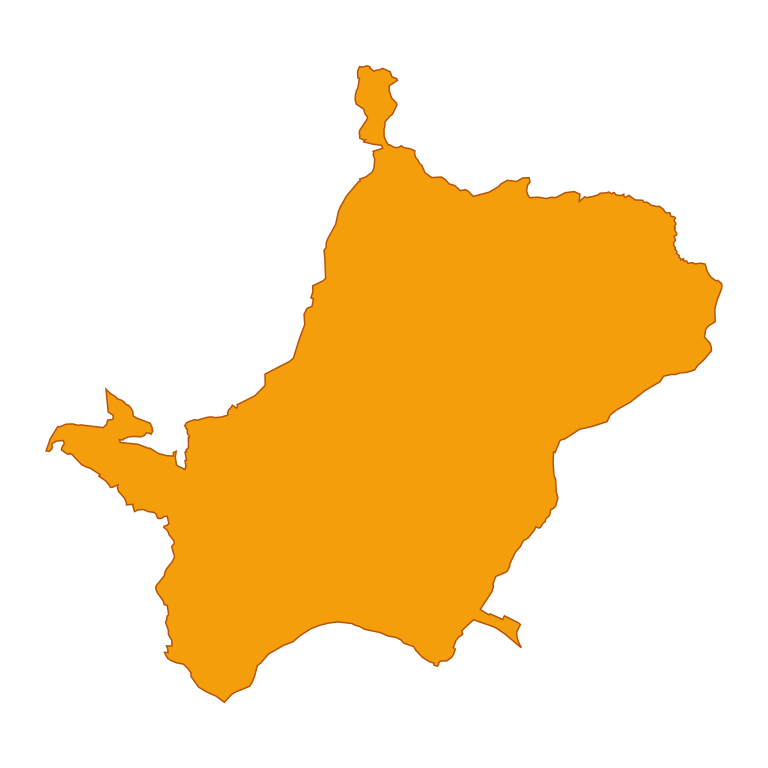 Salva, Bistrita-Nasaud, Romania (Equal Earth projection)
{"feature_id": "2599482B98340268972842", "entity_name": "Salva", "entity_type": "district", "adm_level": 2, "iso_a3": "ROU", "parent_name": "Romania", "parent_adm1": "Bistrita-Nasaud", "projection": "equal_earth", "projection_center": [24.357, 47.327], "detail": "fine", "context": "isolated", "style": "filled", "palette": "amber", "viewbox_px": 768, "rotation_deg": 0, "n_neighbors": 0, "source": "geoboundaries", "source_scale": "gbopen_adm2", "svg_char_len": 6083}
<svg xmlns="http://www.w3.org/2000/svg" viewBox="0 0 768 768"><path d="M438.8,663.9L438.6,662.9L440.5,661.0L446.7,660.9L451.6,657.4L453.6,654.1L455.3,649.2L453.3,647.5L456.0,640.4L458.4,637.4L462.7,634.4L461.7,630.7L473.5,619.8L493.8,626.8L497.2,628.7L504.7,633.8L520.7,647.3L521.2,646.9L519.6,644.6L517.2,638.0L516.8,635.4L516.8,631.9L520.4,624.5L518.3,622.8L504.4,615.8L502.6,619.5L490.0,613.8L489.0,614.9L480.2,609.5L491.9,591.7L493.5,586.2L493.0,585.3L493.4,582.7L495.7,576.5L505.6,572.3L507.6,570.7L509.7,566.2L509.6,564.5L513.8,555.3L515.7,551.7L520.4,546.5L523.2,540.9L528.2,537.8L534.2,530.4L535.8,527.0L539.5,528.1L541.0,526.8L542.5,523.8L545.0,521.7L546.0,518.5L548.9,516.3L550.0,513.8L550.8,509.6L553.3,508.5L555.6,506.1L557.9,497.8L556.2,491.8L555.7,479.6L554.0,475.6L553.1,462.6L553.6,451.9L555.0,452.6L560.1,440.3L565.0,438.8L579.6,429.3L592.3,426.4L607.1,421.6L610.1,415.1L616.6,409.9L630.4,402.1L644.8,390.7L660.0,381.7L663.6,376.2L671.6,374.4L675.4,374.5L679.6,373.0L686.9,372.4L694.8,369.8L697.4,365.6L703.1,360.6L711.5,350.8L711.2,346.8L710.0,343.3L704.5,337.0L705.7,329.5L708.4,326.0L715.2,321.6L714.8,308.9L717.0,300.4L721.6,288.6L721.9,285.5L721.5,283.6L718.7,281.1L717.7,280.3L715.9,280.8L711.3,277.5L709.4,275.2L707.1,270.9L705.1,264.1L701.0,263.2L695.1,263.9L692.5,262.7L687.8,263.3L686.7,261.0L683.9,260.9L683.4,260.2L683.5,258.8L681.0,259.8L680.5,258.5L678.9,257.2L679.3,255.5L676.4,253.4L677.0,251.8L676.1,250.2L675.2,249.8L675.3,247.5L674.2,246.5L673.5,243.1L675.5,240.1L674.1,236.3L676.1,235.4L676.9,233.9L674.5,229.6L675.4,228.1L674.3,226.3L675.8,224.6L675.6,222.8L674.2,221.1L674.3,219.6L675.4,217.9L674.1,216.8L670.7,216.1L669.8,212.7L666.8,213.0L665.2,212.1L663.1,209.1L659.3,206.3L657.1,206.6L650.2,204.9L649.7,203.9L646.8,202.2L644.0,202.3L642.7,200.3L635.1,199.9L628.9,195.3L625.5,197.4L623.9,196.4L623.8,194.2L621.1,195.5L617.0,195.1L615.6,194.8L614.5,192.7L613.2,192.6L612.4,193.6L611.4,193.7L608.9,192.0L606.1,192.9L600.2,193.2L597.7,195.1L591.6,196.7L586.3,197.6L584.7,196.8L579.3,201.5L579.9,194.2L574.3,191.6L565.1,192.7L555.7,197.6L551.1,197.3L546.1,198.5L538.1,197.2L529.6,197.6L527.8,194.8L526.6,190.5L527.5,185.3L530.0,182.1L529.2,177.7L522.9,177.9L516.5,181.5L507.4,180.3L500.8,184.0L498.3,186.8L489.3,192.1L473.2,196.4L469.0,191.9L465.6,189.6L460.4,190.7L454.7,185.5L449.1,183.9L445.5,179.7L441.3,177.0L431.8,177.6L425.0,172.8L422.0,165.8L419.4,163.1L417.5,159.4L415.8,157.7L414.6,153.9L414.9,150.9L410.6,148.9L403.3,147.4L401.4,145.7L399.4,147.1L396.3,147.7L393.0,146.8L389.6,144.7L388.4,145.0L385.6,140.2L384.1,136.1L384.0,128.9L384.7,127.1L385.0,122.0L389.4,116.7L392.6,114.0L396.9,105.1L396.4,102.9L391.7,98.1L389.1,90.4L389.3,85.7L397.5,80.4L396.7,78.6L391.9,76.8L390.2,71.8L382.6,68.3L379.5,69.8L376.2,70.2L374.0,71.2L370.0,68.2L369.9,66.8L366.7,65.7L363.4,67.0L359.4,66.7L357.6,71.6L357.6,75.5L358.1,78.4L359.5,78.4L357.8,88.2L356.4,90.7L355.4,94.9L355.2,100.3L356.4,104.2L363.7,109.1L365.1,114.0L367.0,116.4L367.6,118.3L359.6,130.5L359.2,132.5L359.8,135.5L359.7,138.1L363.7,140.1L365.4,139.8L363.7,141.9L372.9,144.2L381.6,145.3L382.7,148.3L373.1,151.3L373.7,152.0L373.2,154.7L374.7,159.1L374.1,166.9L373.1,170.5L371.6,172.6L365.8,176.9L359.6,179.1L360.2,181.1L358.4,181.9L346.6,195.8L340.3,207.0L338.5,211.2L335.7,224.2L328.0,238.2L326.3,242.5L326.0,247.6L324.0,250.4L324.9,258.5L325.6,278.4L323.1,280.8L312.7,285.8L312.9,291.9L310.9,297.9L313.4,298.8L312.0,306.3L307.0,308.4L304.1,314.2L304.7,324.7L299.8,337.6L293.4,358.1L289.6,361.4L265.0,374.1L265.2,385.4L254.7,395.9L237.1,404.7L237.5,406.8L236.6,408.1L232.3,405.2L231.6,406.8L228.7,410.0L227.6,412.6L228.1,414.7L227.0,415.4L221.0,417.1L215.1,417.6L211.2,416.9L207.3,417.3L197.0,420.2L194.7,419.7L188.5,421.7L186.2,423.2L184.6,425.9L185.7,426.7L186.2,428.5L187.3,429.4L187.4,433.5L189.3,436.4L189.4,437.5L188.3,437.6L188.5,447.7L186.0,450.0L186.6,451.8L185.0,452.2L186.6,460.3L185.0,460.5L185.9,466.3L185.0,469.4L177.5,465.8L176.4,464.5L175.3,457.3L176.2,451.3L173.3,452.6L173.4,456.1L166.3,455.6L158.4,453.5L150.0,448.2L148.2,448.2L138.0,444.3L120.4,442.5L119.4,439.6L122.8,440.0L124.1,438.8L128.3,437.0L133.4,436.4L140.9,436.8L144.6,435.4L145.9,433.2L148.8,432.9L151.1,434.2L152.8,430.8L151.9,429.2L152.4,428.5L150.2,423.3L136.8,418.1L133.3,416.0L132.7,411.4L130.6,407.6L128.1,405.0L126.1,404.8L124.7,402.5L121.9,400.4L117.5,398.8L115.0,396.3L110.7,393.8L106.0,389.2L108.2,412.1L112.8,415.0L113.4,417.5L112.6,419.4L107.6,420.1L106.7,424.1L103.3,427.6L80.7,424.9L77.9,425.3L72.5,423.9L66.0,424.2L60.1,426.7L57.7,426.6L50.2,438.9L46.1,450.9L49.3,451.4L52.0,448.7L52.6,447.0L51.5,445.4L52.3,443.4L56.3,441.1L63.3,440.5L64.3,443.5L62.0,447.4L61.4,450.0L67.1,453.9L69.1,454.3L70.1,453.5L72.0,454.5L81.6,464.6L86.1,467.0L89.8,468.0L100.1,474.7L98.8,476.1L105.8,481.0L109.1,485.0L110.1,487.1L111.8,487.5L118.0,484.8L117.4,487.8L118.5,491.4L124.6,498.3L126.3,502.3L126.5,504.9L133.0,504.3L133.0,506.6L134.5,511.6L138.0,509.9L143.4,509.5L148.2,511.6L153.9,512.4L155.9,513.8L157.6,518.1L159.2,518.6L162.2,518.1L164.2,516.5L167.2,516.2L168.9,523.5L166.9,525.4L164.0,526.2L163.8,527.4L166.6,529.6L168.0,531.5L168.9,534.5L173.5,540.2L174.2,542.0L174.3,543.6L171.9,546.0L171.8,547.3L174.3,555.8L174.4,557.7L171.9,562.1L166.3,569.2L164.7,573.0L164.3,575.8L156.6,585.2L155.7,587.2L156.2,590.3L157.6,593.1L163.1,600.7L164.1,604.5L167.2,605.4L168.3,612.0L168.5,613.9L168.1,615.3L167.1,616.1L166.8,619.3L165.5,622.3L168.4,630.3L168.4,634.5L171.8,640.2L171.9,646.0L166.5,645.9L167.5,648.2L168.1,652.5L164.4,652.4L167.6,658.4L171.6,660.9L176.8,662.9L183.3,664.1L187.9,668.5L190.9,672.6L191.1,676.6L198.7,687.2L206.6,691.9L216.0,696.1L224.4,702.3L231.5,694.5L235.1,692.2L249.6,686.3L252.1,682.3L254.4,676.7L257.3,665.8L260.7,663.0L268.7,653.9L283.5,645.4L293.0,641.7L300.2,635.5L310.8,628.8L320.1,625.1L328.6,623.1L337.7,621.9L352.0,623.5L354.9,625.1L359.9,626.6L364.6,629.3L380.0,632.5L387.6,635.8L396.3,637.6L400.8,639.8L403.7,643.1L413.7,646.6L415.8,650.3L422.4,657.3L428.9,661.4L434.0,663.2L434.0,665.2L437.5,666.2L438.8,663.9Z" fill="#f59e0b" stroke="#b45309" stroke-width="1.5"/></svg>